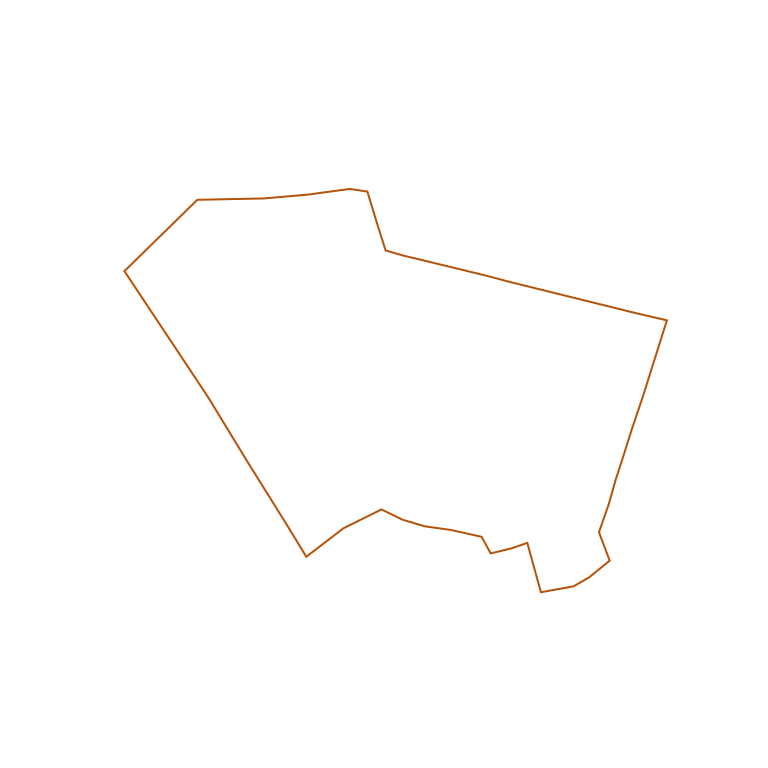 outline of Iguaba Grande, Rio de Janeiro, Brazil, rotated 118°
{"feature_id": "56859067B51771199201484", "entity_name": "Iguaba Grande", "entity_type": "district", "adm_level": 2, "iso_a3": "BRA", "parent_name": "Brazil", "parent_adm1": "Rio de Janeiro", "projection": "natural_earth1", "projection_center": [-42.216, -22.83], "detail": "fine", "context": "isolated", "style": "outline", "palette": "amber", "viewbox_px": 768, "rotation_deg": 118, "n_neighbors": 0, "source": "geoboundaries", "source_scale": "gbopen_adm2", "svg_char_len": 634}
<svg xmlns="http://www.w3.org/2000/svg" viewBox="0 0 768 768"><g transform="rotate(118 384 384)"><path d="M276.8,577.6L309.0,635.3L406.2,666.2L478.4,532.8L517.2,467.3L536.3,434.2L555.7,400.7L573.0,371.5L530.3,352.0L496.0,327.4L495.1,303.6L490.4,280.8L481.4,256.2L473.1,226.0L483.5,210.3L468.9,193.9L457.0,182.9L494.2,147.7L473.7,121.7L458.4,112.1L434.0,101.8L414.0,124.6L384.2,129.2L359.7,134.5L333.7,139.1L308.4,143.8L273.8,149.5L195.0,164.1L203.4,195.7L234.7,320.3L240.4,344.8L261.5,427.1L265.4,445.2L244.8,466.2L221.9,489.0L227.8,505.7L238.0,520.0L252.6,540.2L276.8,577.6Z" fill="none" stroke="#b45309" stroke-width="2"/></g></svg>